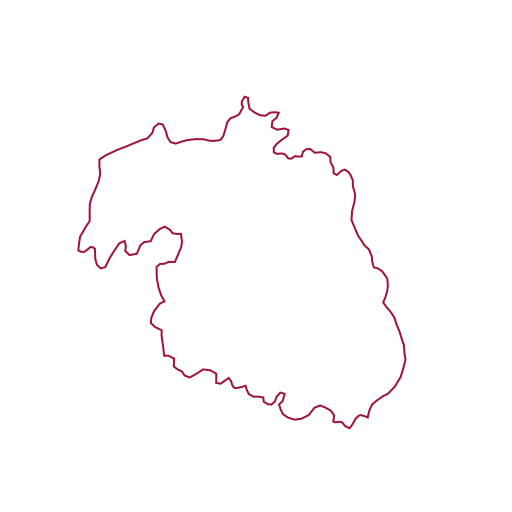 Smarhon, Grodno, Belarus, rotated 296°
{"feature_id": "67162791B9257777977100", "entity_name": "Smarhon", "entity_type": "district", "adm_level": 2, "iso_a3": "BLR", "parent_name": "Belarus", "parent_adm1": "Grodno", "projection": "natural_earth1", "projection_center": [26.399, 54.505], "detail": "fine", "context": "isolated", "style": "outline", "palette": "rose", "viewbox_px": 512, "rotation_deg": 296, "n_neighbors": 0, "source": "geoboundaries", "source_scale": "gbopen_adm2", "svg_char_len": 3074}
<svg xmlns="http://www.w3.org/2000/svg" viewBox="0 0 512 512"><g transform="rotate(296 256 256)"><path d="M120.7,230.5L119.7,235.1L119.7,240.1L117.3,244.3L117.7,249.6L124.1,254.1L130.9,258.2L133.2,265.1L132.8,271.9L128.5,274.0L124.5,275.8L125.7,280.2L130.8,282.9L134.4,285.0L132.8,288.2L129.6,291.2L128.0,293.9L128.4,296.0L132.4,301.0L134.8,303.4L131.6,306.4L128.8,310.0L128.4,315.3L130.8,320.1L132.0,324.6L128.4,326.9L128.0,331.4L129.2,335.0L133.6,336.8L138.3,336.2L143.9,337.7L144.7,342.1L137.5,343.6L132.7,341.8L129.2,345.1L125.6,349.6L124.8,355.9L125.9,362.7L129.9,368.4L136.3,373.2L145.1,375.0L149.8,379.1L150.2,384.2L149.8,391.1L147.0,396.2L141.1,398.0L141.4,400.6L143.4,403.0L144.2,406.6L142.2,410.5L142.2,415.6L146.6,416.5L153.4,416.8L157.4,418.3L159.0,420.1L159.8,424.6L159.8,427.2L163.1,426.4L167.8,425.5L173.8,425.5L179.4,428.1L185.8,431.6L189.7,434.8L199.6,438.1L210.8,439.0L219.3,437.7L228.4,435.8L233.5,432.2L241.2,427.7L243.4,425.2L250.7,418.4L256.7,411.6L261.0,407.8L263.6,403.6L265.7,399.7L267.0,396.2L270.0,390.7L275.6,390.4L279.0,389.8L281.6,389.4L287.2,387.5L293.2,383.9L294.9,381.1L297.5,376.2L298.3,371.1L297.5,366.9L302.2,362.7L306.5,360.2L311.6,354.4L312.9,349.2L315.9,344.4L318.9,339.0L325.3,331.6L330.1,326.1L338.6,322.6L348.1,320.7L354.9,318.1L360.9,312.7L366.5,309.8L370.4,305.3L370.5,305.0L372.1,302.1L372.5,297.9L369.9,295.4L364.3,293.1L364.3,289.6L369.5,286.7L372.9,281.9L377.6,279.4L378.9,273.3L377.6,268.5L374.6,263.7L375.9,257.9L374.1,254.4L370.3,252.5L365.6,253.5L363.9,250.6L363.0,247.4L359.1,245.2L357.8,242.3L360.0,237.8L359.5,234.3L357.0,230.1L357.0,226.6L361.2,224.4L366.4,225.7L372.4,228.6L378.0,231.7L383.5,230.1L383.1,225.7L378.8,219.6L378.8,213.6L384.4,211.6L389.1,213.9L394.7,213.6L393.4,209.7L390.8,205.6L386.1,203.0L384.3,197.9L384.3,192.8L384.8,189.0L385.6,185.5L391.2,181.4L394.6,179.5L394.2,176.0L388.6,175.6L385.6,176.9L384.3,179.1L376.2,178.8L372.3,176.3L368.9,172.8L363.8,171.5L357.3,172.8L349.6,174.0L345.3,173.4L343.2,171.2L340.6,167.0L338.9,162.6L338.0,157.8L334.6,150.5L330.3,143.8L326.9,139.7L321.8,134.6L320.9,129.2L323.9,124.4L328.6,120.3L332.7,115.3L333.3,114.6L332.4,110.5L326.9,107.9L321.3,108.9L314.0,106.7L309.8,102.1L304.3,97.2L297.5,91.3L290.6,84.8L281.0,77.1L274.3,73.0L267.8,75.9L264.6,78.2L260.6,80.3L253.9,81.8L244.3,82.4L236.8,82.6L230.0,83.8L224.1,86.5L214.5,91.2L208.2,90.3L196.3,89.4L189.5,91.5L183.1,93.8L183.1,96.8L184.3,99.7L187.5,101.5L191.5,103.3L192.3,105.6L191.9,108.0L187.1,110.6L183.1,112.7L178.4,116.8L176.8,121.8L179.9,125.4L190.3,125.4L199.0,126.3L207.6,127.6L211.9,131.3L208.2,134.5L203.2,136.3L201.4,141.9L205.7,147.9L215.0,147.4L219.4,149.3L223.1,154.8L231.2,154.8L238.6,158.0L242.4,161.3L241.8,167.3L239.9,171.0L241.1,175.1L243.0,178.8L236.8,183.0L231.8,184.8L223.1,185.3L215.0,185.7L212.5,180.2L208.8,177.0L206.9,173.3L202.6,171.4L192.7,176.5L185.2,182.0L179.0,188.1L175.2,193.6L170.9,190.4L161.6,188.5L154.7,189.0L149.7,190.8L147.9,196.4L147.9,203.8L142.9,206.1L134.8,211.6L126.1,217.2L128.0,220.9L127.9,227.4L120.7,230.5Z" fill="none" stroke="#9f1239" stroke-width="2"/></g></svg>